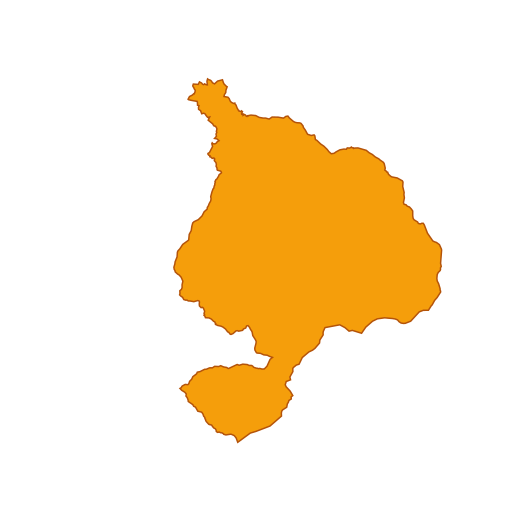 outline of Bulzestii De Sus, Hunedoara, Romania, rotated 133°
{"feature_id": "2599482B39197296010274", "entity_name": "Bulzestii De Sus", "entity_type": "district", "adm_level": 2, "iso_a3": "ROU", "parent_name": "Romania", "parent_adm1": "Hunedoara", "projection": "mercator", "projection_center": [22.798, 46.285], "detail": "fine", "context": "isolated", "style": "filled", "palette": "amber", "viewbox_px": 512, "rotation_deg": 133, "n_neighbors": 0, "source": "geoboundaries", "source_scale": "gbopen_adm2", "svg_char_len": 6159}
<svg xmlns="http://www.w3.org/2000/svg" viewBox="0 0 512 512"><g transform="rotate(133 256 256)"><path d="M150.0,400.7L154.3,403.4L158.4,403.7L159.0,406.0L158.5,407.7L158.5,409.1L159.3,410.9L159.5,412.2L161.6,411.1L164.0,408.3L164.7,409.2L165.2,411.0L165.7,410.9L166.5,411.3L166.8,412.4L166.6,413.8L167.2,416.1L169.9,415.3L173.0,419.1L174.5,418.4L175.1,417.6L175.2,416.5L175.9,415.2L176.2,413.5L177.6,412.5L179.6,411.8L179.8,412.2L181.7,412.3L184.7,413.4L187.7,412.6L187.7,412.0L186.5,409.8L183.1,404.5L183.7,403.5L185.6,401.6L184.9,400.3L186.7,399.3L187.9,398.0L187.5,395.7L189.0,392.7L187.2,391.6L186.8,390.1L187.3,388.3L187.6,386.1L187.3,385.0L186.5,385.1L185.9,384.7L189.3,383.6L188.9,377.7L189.3,376.7L189.5,375.3L188.7,374.1L189.4,371.7L190.5,370.7L191.9,370.0L192.3,369.0L194.1,368.4L195.4,366.6L198.3,366.5L197.0,364.4L196.9,361.7L199.0,362.3L200.3,362.0L202.0,362.5L203.2,363.9L203.1,365.2L204.0,364.9L205.6,362.4L212.1,360.6L213.7,361.1L214.2,360.8L214.5,359.5L214.1,357.9L214.9,357.5L214.4,356.1L214.5,354.6L213.1,353.7L213.0,352.8L213.4,352.2L214.2,352.1L214.7,351.4L215.0,349.0L216.2,347.3L217.6,346.4L218.2,344.6L219.5,343.2L219.5,342.6L218.0,339.7L218.3,338.5L218.7,338.0L221.8,338.4L223.2,337.8L226.7,337.1L227.4,337.4L229.5,336.8L229.8,336.0L230.7,335.8L232.3,334.5L233.1,334.4L235.3,333.1L236.1,333.2L239.2,331.9L243.5,329.6L244.8,327.9L246.6,326.7L249.5,326.0L252.3,324.9L253.6,324.8L255.0,323.7L259.0,324.1L263.5,322.8L268.8,323.0L273.1,324.7L275.0,324.8L278.0,323.2L281.6,320.7L285.7,319.6L290.0,316.3L290.8,316.2L297.5,317.5L302.7,316.6L305.4,316.6L306.8,316.1L310.5,313.1L315.4,311.2L317.2,309.9L320.2,308.4L321.6,306.6L321.9,305.3L322.7,304.3L322.7,301.0L322.3,299.3L322.6,296.2L324.3,292.3L327.4,290.5L329.5,288.5L331.2,287.8L333.4,288.0L335.2,286.1L336.5,285.4L336.6,283.8L336.3,281.5L337.1,279.1L336.2,277.2L335.3,276.4L335.2,275.4L334.9,274.7L333.9,273.6L331.8,270.3L328.3,268.2L327.8,267.2L327.8,266.6L328.2,266.0L329.8,264.8L331.1,263.3L331.2,260.9L330.1,260.2L330.0,259.0L331.2,256.3L331.8,255.6L333.4,254.9L333.8,253.8L334.8,253.7L334.9,252.2L335.6,250.9L333.3,248.1L332.6,245.6L332.7,242.6L332.3,241.0L332.8,240.3L332.9,239.4L333.5,239.3L333.6,238.9L333.2,238.7L333.4,238.3L333.0,236.8L331.1,233.6L330.5,231.6L330.2,228.5L330.8,225.0L330.4,223.9L330.8,221.5L330.4,220.8L328.4,219.9L324.3,219.5L323.4,218.8L322.8,217.4L319.5,215.1L317.9,215.4L315.7,214.4L313.6,215.2L312.3,214.3L312.6,212.1L313.5,209.7L313.8,208.1L314.3,206.9L316.4,204.1L317.6,199.4L318.3,197.7L319.6,196.6L324.2,194.1L325.5,192.7L326.4,189.9L326.3,189.1L324.1,186.3L323.0,182.9L320.9,180.1L320.2,177.7L318.9,174.8L322.0,175.2L329.1,172.8L332.9,172.9L334.6,174.5L335.6,176.5L336.7,177.4L337.4,178.8L337.8,179.2L339.0,181.9L338.8,183.0L339.0,184.5L340.8,186.5L341.3,188.3L344.1,191.9L347.4,193.8L348.2,195.8L356.9,199.3L357.3,199.8L357.5,201.4L359.2,204.0L360.3,207.0L362.3,207.9L364.9,211.0L367.5,211.6L369.5,213.7L372.7,215.1L373.9,216.3L378.7,218.1L381.0,219.7L382.7,219.1L387.3,219.9L390.0,219.0L392.9,219.1L395.1,218.1L396.3,218.0L396.7,218.2L398.1,220.1L398.7,220.4L401.5,221.3L403.5,220.9L404.7,221.3L404.9,218.8L404.2,215.2L404.4,213.3L404.5,212.9L406.2,211.7L406.5,209.7L407.6,207.5L408.6,206.3L407.8,200.9L408.4,199.1L407.8,197.2L409.2,192.7L407.4,189.5L407.3,188.9L407.9,186.6L408.8,185.2L409.0,183.4L409.9,182.2L409.9,181.5L410.7,180.5L411.0,179.2L411.3,175.7L410.8,175.0L410.8,174.4L410.2,174.0L409.9,172.8L410.5,171.3L410.3,170.7L410.6,169.8L410.1,167.8L410.6,166.3L411.4,165.4L411.4,164.8L411.1,163.7L409.9,162.9L409.3,161.2L408.6,160.4L408.2,158.5L408.4,158.0L407.4,156.0L403.7,153.1L403.2,152.4L402.2,149.4L402.6,146.5L404.7,142.3L389.4,139.4L384.3,136.4L370.8,129.8L355.7,128.2L353.5,130.4L351.8,131.4L350.5,131.6L345.7,130.4L342.8,132.2L340.8,132.6L339.2,133.4L336.5,132.7L335.1,134.2L333.0,133.9L331.5,138.9L331.1,144.8L330.2,146.8L327.2,148.3L323.0,146.3L321.4,148.7L315.4,150.2L313.2,152.4L311.9,152.6L308.2,152.1L305.8,150.7L298.7,152.9L290.1,151.9L286.3,150.4L283.4,149.9L276.3,150.2L273.9,152.0L267.9,153.1L266.4,154.6L265.1,155.4L261.3,156.7L249.2,147.8L247.7,142.0L247.5,136.7L244.7,134.8L240.5,126.1L233.2,127.2L224.2,126.3L219.2,124.4L213.5,119.8L208.6,113.5L207.1,111.2L206.2,108.9L206.5,106.6L206.1,104.2L204.7,102.1L203.4,100.9L198.2,98.4L185.5,98.5L181.6,96.6L178.1,92.9L172.7,93.9L171.7,93.8L166.6,95.1L162.9,95.2L156.4,96.4L155.7,97.2L155.4,98.0L154.2,99.3L151.7,103.6L150.7,106.4L149.1,108.4L146.0,110.8L143.8,111.5L141.1,111.4L140.1,111.8L138.9,113.0L137.3,113.4L135.5,116.0L125.2,124.2L124.5,125.1L122.6,129.6L123.0,133.2L123.9,135.2L124.4,137.0L122.4,146.1L118.5,154.1L118.0,156.0L118.9,157.0L120.5,157.7L121.3,159.1L121.3,160.2L120.9,161.0L121.7,164.9L121.6,165.8L121.2,166.9L119.8,168.7L116.2,172.1L115.7,174.4L115.5,177.2L116.4,179.3L116.2,181.3L117.2,182.9L116.4,184.6L112.3,187.1L110.2,189.7L108.5,191.0L105.1,196.1L101.7,198.9L101.2,200.2L102.6,205.9L105.5,210.6L105.8,211.8L105.9,214.8L104.9,216.9L105.4,217.7L105.1,218.4L105.3,220.4L103.6,221.4L101.1,225.1L100.6,226.6L101.2,230.8L101.2,232.5L102.2,236.2L102.4,240.1L103.3,243.6L103.5,247.4L107.4,255.1L109.8,257.5L110.7,257.9L110.5,258.6L111.3,259.4L111.2,260.5L113.2,261.1L114.7,263.0L116.3,262.7L117.8,264.6L121.2,267.1L125.4,268.5L127.6,268.9L129.9,270.7L130.0,273.8L129.5,276.7L129.4,281.3L130.0,285.2L129.9,290.2L130.3,292.0L128.0,294.9L127.8,296.1L130.2,297.8L131.8,301.3L130.3,305.8L129.6,309.1L128.8,310.3L128.3,313.5L128.8,314.8L130.6,316.9L131.7,318.9L132.1,320.7L132.3,325.7L131.9,328.1L133.6,329.4L136.4,329.9L139.3,334.4L143.4,339.0L146.9,339.8L148.6,343.1L150.3,344.9L152.5,348.3L153.5,352.0L156.4,355.8L158.3,357.2L158.9,357.2L159.2,357.9L160.0,357.7L160.4,358.3L160.1,359.6L160.2,360.4L160.5,361.0L161.6,361.3L160.7,361.8L160.9,362.4L162.0,362.6L162.1,363.1L161.8,363.6L159.6,364.4L159.8,365.6L160.5,365.3L161.6,367.3L161.2,367.8L161.4,368.4L160.5,371.1L159.5,373.0L159.1,374.1L159.1,375.1L158.6,375.8L159.6,376.3L160.3,378.3L160.4,379.6L160.2,380.8L159.2,382.9L159.0,384.8L161.2,388.2L159.4,389.2L157.1,389.6L155.2,391.1L151.9,392.5L152.1,393.2L152.0,396.6L151.4,398.2L150.0,400.7Z" fill="#f59e0b" stroke="#b45309" stroke-width="1.5"/></g></svg>